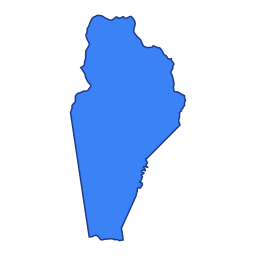 La Trinidad, Comayagua, Honduras, rotated 270°
{"feature_id": "27666195B66687640419438", "entity_name": "La Trinidad", "entity_type": "district", "adm_level": 2, "iso_a3": "HND", "parent_name": "Honduras", "parent_adm1": "Comayagua", "projection": "mercator", "projection_center": [-87.659, 14.702], "detail": "fine", "context": "isolated", "style": "filled", "palette": "blue", "viewbox_px": 256, "rotation_deg": 270, "n_neighbors": 0, "source": "geoboundaries", "source_scale": "gbopen_adm2", "svg_char_len": 5764}
<svg xmlns="http://www.w3.org/2000/svg" viewBox="0 0 256 256"><g transform="rotate(270 128 128)"><path d="M197.2,171.3L197.0,169.1L197.0,168.6L197.1,168.4L198.2,167.4L199.1,167.0L199.6,166.7L199.8,166.5L200.2,166.1L200.9,164.8L201.7,163.8L202.1,163.6L203.9,162.8L205.4,161.9L206.2,161.3L207.1,160.7L207.5,160.4L207.7,160.2L208.2,159.4L208.3,158.9L208.3,158.7L208.1,158.5L208.1,158.3L208.7,157.1L209.9,154.0L210.1,153.3L210.1,153.1L209.8,152.8L209.5,152.7L209.3,152.7L209.1,152.6L208.9,152.4L208.8,151.9L208.6,151.3L208.5,151.0L208.7,150.1L208.7,149.6L208.6,149.2L208.4,148.7L208.3,148.2L208.4,147.7L208.5,147.1L208.9,145.9L209.5,144.1L209.7,143.9L210.0,143.6L210.6,143.1L211.5,142.6L214.6,141.3L215.5,140.8L216.1,140.5L216.8,140.0L217.5,139.2L218.8,137.8L219.4,137.1L219.6,136.8L220.4,136.4L223.0,134.4L223.5,134.1L224.0,133.9L224.4,133.8L224.8,133.7L226.1,133.8L228.4,134.2L230.2,134.8L231.6,135.1L232.3,135.2L233.3,135.0L234.1,134.9L234.9,134.7L237.4,133.2L237.8,132.9L238.6,132.2L239.0,131.7L239.3,131.3L239.5,130.9L239.5,130.6L239.5,130.2L239.4,129.8L238.9,128.8L237.9,126.8L237.8,126.4L237.7,126.0L237.8,125.4L238.1,124.6L238.4,124.2L239.1,123.5L239.3,123.1L239.2,122.8L239.1,122.5L238.5,121.6L238.1,120.7L237.9,120.2L237.9,119.7L237.9,119.0L238.1,118.2L239.0,116.8L239.1,116.6L239.0,116.4L238.9,116.0L238.7,115.6L237.7,114.4L237.1,113.7L236.7,113.1L236.2,112.4L236.1,112.1L236.0,111.7L235.9,111.2L235.9,110.7L236.0,109.9L236.2,109.2L236.9,107.5L237.6,106.3L237.7,106.1L237.7,105.7L237.8,105.5L238.3,104.7L239.1,103.7L239.5,103.1L239.7,102.6L240.0,102.1L240.2,101.2L240.4,100.4L240.6,98.3L240.5,97.1L240.3,96.6L239.9,95.8L239.4,95.1L239.2,94.4L238.9,93.6L238.6,93.3L237.6,92.2L236.6,91.5L236.1,91.3L234.9,90.7L233.4,90.0L230.7,89.1L229.7,88.7L228.8,88.1L227.9,87.5L227.3,87.2L226.7,87.1L224.9,87.1L223.8,87.0L223.4,86.9L222.9,86.7L222.4,86.4L221.2,86.0L220.8,85.9L220.3,86.0L219.7,86.1L216.0,87.4L215.7,87.6L214.9,88.1L212.2,89.3L211.8,89.4L211.3,89.3L210.7,89.1L209.9,88.7L206.0,86.3L205.5,86.1L205.0,85.9L204.6,85.8L201.9,85.7L198.4,85.6L197.7,85.6L197.2,85.5L196.5,85.4L195.5,84.9L194.2,84.6L193.1,84.5L191.4,84.4L191.0,84.3L190.5,84.1L190.2,83.7L189.5,82.7L188.4,80.7L185.5,82.8L182.8,84.5L181.8,84.9L180.8,85.2L180.1,85.4L179.0,85.5L178.2,85.8L177.6,86.2L174.5,87.7L173.8,88.1L173.3,88.5L172.0,89.8L171.0,90.6L170.9,90.7L170.5,90.7L169.9,90.6L169.4,90.5L169.0,90.3L167.7,89.4L166.0,88.1L165.4,87.5L165.1,87.1L164.9,86.7L164.9,86.3L164.9,85.6L165.0,84.7L165.0,84.1L164.7,83.3L163.3,80.2L163.0,79.2L162.8,78.2L162.7,77.8L162.5,77.5L162.1,77.1L161.0,76.1L160.5,75.8L160.1,75.6L159.7,75.4L159.3,75.4L158.5,75.4L157.5,75.5L155.5,75.3L154.7,75.4L154.1,75.3L153.8,75.1L153.4,74.5L152.8,74.0L152.6,73.7L151.1,72.5L150.4,72.1L150.1,72.0L149.5,71.9L149.1,71.9L148.4,72.1L148.1,72.1L147.7,72.0L147.1,71.8L146.4,71.5L145.5,71.4L144.6,71.1L144.3,70.9L143.6,70.5L19.0,89.2L19.1,90.5L19.4,92.1L20.4,94.3L20.6,95.1L20.7,95.4L20.7,95.8L20.6,96.1L20.3,97.1L20.2,97.3L20.0,97.6L19.5,98.2L18.7,98.8L17.8,99.5L16.9,100.2L16.4,100.8L16.3,101.0L16.2,101.2L16.2,101.9L16.2,102.6L16.5,104.0L16.8,104.7L16.8,104.9L16.9,106.5L16.9,107.4L17.2,110.0L17.3,110.9L17.2,111.8L17.0,112.7L16.6,114.0L16.4,114.5L16.3,114.9L16.3,115.5L16.4,116.2L16.5,116.5L16.5,117.1L16.4,117.4L16.2,117.9L15.6,118.8L15.4,119.2L15.4,119.4L15.4,119.9L15.7,121.0L15.9,122.1L16.0,123.1L20.9,122.6L27.8,121.4L58.5,135.3L59.2,135.6L60.5,136.1L61.6,136.4L64.3,137.0L65.0,137.3L65.7,137.2L66.3,137.2L66.9,137.3L67.6,137.6L68.3,138.0L68.4,138.4L68.4,138.7L68.0,139.5L67.9,140.1L68.1,140.5L68.4,140.7L68.6,140.9L68.9,140.9L69.4,140.9L69.6,141.0L69.8,141.3L70.0,141.6L70.1,141.8L70.4,142.0L70.8,142.3L71.3,142.3L72.1,142.3L72.7,142.2L73.0,142.0L73.2,141.8L73.3,141.6L73.3,140.9L73.6,140.0L73.7,139.8L73.8,139.7L74.2,139.9L74.5,140.2L74.8,140.4L75.0,140.8L75.2,141.0L76.6,141.5L78.0,141.9L78.5,142.2L78.8,142.3L79.1,142.4L79.5,142.3L79.7,142.1L80.2,141.7L80.7,141.4L80.9,141.3L81.1,141.4L81.5,142.2L82.2,143.2L82.5,143.6L82.8,143.9L83.1,144.0L83.2,143.9L83.3,143.8L83.5,143.5L83.6,143.1L83.6,142.6L83.7,142.3L83.8,142.0L83.9,141.7L84.1,141.5L84.3,141.4L84.6,141.4L84.9,141.4L85.3,141.6L85.6,141.9L85.9,142.3L86.0,142.8L86.0,143.2L85.3,144.9L85.4,145.1L85.5,145.2L85.9,145.3L86.5,145.2L86.8,145.0L87.7,144.3L88.9,143.5L89.0,143.4L89.3,143.6L89.4,143.8L89.5,144.0L89.4,144.6L89.1,146.2L88.8,146.9L88.7,147.3L88.7,147.5L89.5,147.0L90.2,146.3L90.4,146.1L90.6,146.1L91.1,146.0L91.6,146.2L92.3,146.8L92.5,147.0L92.8,147.4L93.1,147.4L93.3,147.4L93.8,147.1L96.6,145.7L96.9,145.6L97.2,145.6L97.3,145.8L97.4,146.0L97.4,146.3L97.2,146.5L130.9,179.9L131.6,179.8L133.3,179.1L134.5,178.8L135.8,178.8L136.7,178.9L138.6,179.4L140.1,179.6L141.5,179.5L142.4,179.5L143.0,179.6L144.2,180.2L144.7,180.7L144.8,180.9L144.9,180.7L145.7,181.1L146.5,181.7L147.0,182.1L147.4,182.6L147.5,182.7L148.2,183.0L148.9,183.0L149.3,183.1L149.5,183.3L149.9,184.1L150.2,184.5L150.8,184.5L152.6,184.4L153.4,184.5L153.8,184.6L154.6,185.0L155.6,185.4L155.8,185.5L156.4,185.2L157.3,184.7L157.9,184.5L158.2,184.4L158.5,184.5L159.0,184.6L159.4,184.7L159.6,184.7L160.1,184.6L160.5,184.3L160.8,183.8L161.1,183.1L161.4,182.3L161.6,181.7L162.1,181.1L162.4,180.7L162.6,180.2L162.8,179.8L163.6,178.6L163.9,178.0L164.2,177.1L164.1,176.5L164.2,175.4L164.3,174.6L164.4,174.2L164.6,174.1L168.5,173.4L169.7,173.5L170.1,173.6L170.9,173.9L171.6,174.0L172.7,173.9L174.3,173.7L179.9,172.4L180.9,172.0L182.4,171.2L183.0,170.9L183.3,170.8L183.9,171.0L185.2,171.4L186.2,171.8L187.1,172.5L187.6,172.7L188.1,172.8L188.6,172.8L188.8,172.8L189.3,172.7L189.6,172.8L190.1,173.0L190.6,173.4L191.0,173.6L191.5,173.8L192.1,173.8L192.5,173.7L193.0,173.5L194.8,172.0L195.9,171.3L196.1,171.3L196.4,171.2L196.8,171.3L197.2,171.3Z" fill="#3b82f6" stroke="#1e3a8a" stroke-width="1.5"/></g></svg>